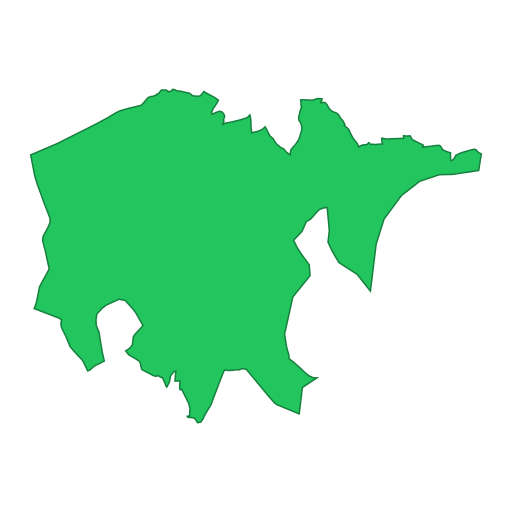 Mbatoli, Imo, Nigeria
{"feature_id": "59680162B59739898555342", "entity_name": "Mbatoli", "entity_type": "district", "adm_level": 2, "iso_a3": "NGA", "parent_name": "Nigeria", "parent_adm1": "Imo", "projection": "natural_earth1", "projection_center": [7.055, 5.587], "detail": "fine", "context": "isolated", "style": "filled", "palette": "green", "viewbox_px": 512, "rotation_deg": 0, "n_neighbors": 0, "source": "geoboundaries", "source_scale": "gbopen_adm2", "svg_char_len": 4515}
<svg xmlns="http://www.w3.org/2000/svg" viewBox="0 0 512 512"><path d="M141.8,369.5L145.9,371.7L153.1,375.5L155.7,376.3L156.9,376.0L158.0,375.6L161.4,377.6L162.4,377.5L162.7,378.2L164.5,382.2L166.1,386.3L166.8,387.0L169.0,382.9L169.8,380.4L170.4,376.5L171.0,375.2L173.9,371.8L175.8,371.0L175.0,381.1L178.2,381.0L180.0,380.8L179.6,388.0L180.1,389.8L181.6,389.2L183.4,392.7L188.7,403.3L190.0,408.7L189.5,415.9L187.2,416.3L187.8,417.3L189.3,417.4L192.2,417.7L194.4,418.2L196.4,420.7L197.5,422.7L200.7,422.1L203.3,418.6L203.9,416.8L207.3,410.7L210.2,406.1L211.2,404.2L213.3,398.3L217.5,387.5L220.4,379.7L223.8,371.4L224.6,369.9L226.6,370.3L229.8,370.5L233.1,370.3L235.5,369.7L238.3,369.9L239.9,369.7L241.4,368.7L246.2,369.2L269.2,396.9L274.5,402.9L276.9,404.7L299.2,413.9L302.4,387.5L316.9,377.9L313.7,377.9L309.1,375.9L304.1,371.8L299.7,367.5L295.7,364.0L292.4,361.2L289.0,358.6L289.0,355.5L286.6,347.1L284.6,334.0L292.8,297.0L310.1,275.6L309.2,264.8L301.8,254.7L297.0,247.3L293.6,240.3L302.0,231.4L306.2,221.8L310.7,219.0L317.1,211.8L319.4,209.5L323.4,208.0L327.2,207.5L329.3,230.7L328.0,242.1L332.2,251.2L338.8,262.5L357.2,274.4L370.4,291.1L376.2,243.8L384.1,219.0L401.5,195.5L419.7,181.3L439.4,174.7L452.5,174.4L478.7,170.5L481.3,153.9L478.5,152.6L476.2,149.9L474.2,149.2L471.5,149.9L470.0,150.2L466.7,151.2L462.4,152.4L459.3,153.6L455.9,155.3L454.9,157.2L453.9,158.7L451.8,160.7L450.7,160.2L450.5,156.4L450.4,155.1L450.6,152.8L446.3,151.5L442.6,149.7L441.2,147.1L439.7,145.4L436.9,145.4L431.5,146.2L427.5,146.5L424.0,147.0L422.7,147.1L423.4,145.2L414.6,140.8L412.1,139.5L410.1,135.8L406.5,136.1L403.5,135.6L403.7,138.2L399.9,138.5L396.8,138.6L392.7,138.7L389.7,138.9L387.4,139.1L386.1,139.0L382.9,138.3L381.7,138.2L381.8,139.8L382.0,141.9L382.5,143.9L382.1,144.1L380.6,144.1L378.2,144.2L375.8,144.5L373.0,144.3L370.2,144.3L369.7,143.5L368.9,142.6L368.4,143.0L367.0,144.5L366.0,144.7L364.4,144.8L362.4,145.0L361.0,145.7L359.9,146.0L359.2,146.7L358.7,147.0L357.8,144.7L356.7,142.8L354.9,140.5L353.4,138.6L351.8,135.9L350.3,132.9L349.1,130.2L348.5,129.3L347.8,128.4L345.9,126.9L344.3,125.7L345.0,124.7L344.3,123.5L343.7,122.2L342.7,120.4L341.3,119.2L340.5,117.9L338.7,115.0L337.4,113.6L335.3,112.5L333.6,112.0L332.7,111.6L331.1,110.4L329.7,109.1L328.5,107.6L327.9,106.3L326.9,104.6L325.9,103.4L325.1,102.7L324.3,102.4L321.9,102.5L320.8,102.7L320.9,102.3L322.0,99.4L322.1,98.8L317.5,98.5L312.8,100.1L309.3,100.1L304.6,99.8L300.6,99.8L301.0,102.7L301.0,105.3L301.5,107.1L300.2,110.7L299.6,113.5L298.6,117.1L298.9,120.3L300.3,122.3L301.5,125.1L301.8,128.8L301.2,132.2L300.3,134.7L299.1,138.7L297.8,141.0L295.4,144.6L292.8,147.3L290.8,150.0L290.6,151.6L290.2,154.8L286.6,152.3L283.3,148.5L281.5,148.1L277.0,144.4L274.8,141.7L273.1,138.6L270.2,136.2L268.8,133.9L266.9,130.1L266.1,128.3L265.0,126.8L262.9,129.0L258.6,131.1L251.8,132.8L251.4,130.2L251.2,128.5L251.0,126.3L250.9,121.6L250.7,119.2L250.6,118.0L250.2,116.5L249.8,114.9L247.3,117.6L241.6,119.5L231.3,122.1L226.3,122.9L222.8,124.4L223.5,122.9L223.9,121.2L223.6,120.0L223.9,118.5L224.5,117.0L224.4,115.0L222.4,112.2L220.1,111.3L218.6,111.5L217.4,112.0L215.7,112.5L214.0,113.4L212.0,114.2L211.6,113.9L211.8,112.0L212.9,108.8L215.1,106.0L217.4,102.2L218.4,100.2L215.0,97.7L210.4,95.2L205.2,92.4L203.8,91.5L202.3,93.7L200.1,95.9L199.1,96.1L196.7,96.2L194.7,96.0L192.6,95.7L189.8,93.4L188.9,93.1L180.5,91.2L176.9,90.8L174.6,89.7L172.7,89.3L172.1,89.9L171.3,91.1L169.3,91.5L168.2,92.0L167.7,90.8L166.3,90.3L165.5,89.9L163.1,90.1L161.5,89.9L161.0,90.5L159.9,91.8L158.9,93.2L158.4,93.6L157.0,94.0L156.5,94.9L154.9,95.5L153.4,96.1L152.4,96.5L150.8,96.5L147.9,97.7L144.1,102.2L141.4,105.2L139.2,105.8L129.6,108.1L120.2,110.7L115.5,113.0L108.0,117.6L95.9,124.1L57.6,143.4L30.7,154.9L34.8,176.2L37.4,184.6L41.9,196.8L44.3,203.6L48.9,215.3L50.1,218.9L50.0,222.6L48.1,227.1L43.7,235.2L42.8,237.7L42.7,241.0L45.1,250.1L49.2,269.0L39.6,286.6L36.3,302.8L34.2,308.6L59.2,318.2L61.6,320.0L61.2,321.5L60.9,324.1L61.2,326.3L62.1,328.8L63.2,331.0L65.5,335.6L66.8,338.7L70.3,347.0L77.3,354.9L82.5,360.3L84.8,364.6L87.7,370.9L89.8,370.1L93.3,367.0L95.5,365.4L100.2,363.2L104.3,361.0L102.4,352.8L100.5,341.6L99.0,332.1L96.2,325.4L96.0,320.0L96.8,314.1L102.0,308.4L106.2,305.1L119.1,299.2L125.2,300.5L131.8,307.7L135.7,312.7L142.9,325.4L141.5,327.3L138.6,330.4L134.8,334.5L133.3,336.8L132.8,341.4L132.4,344.6L130.7,347.2L128.1,349.4L125.7,350.9L128.6,354.7L135.3,358.6L139.0,361.0L140.2,362.7L140.7,365.0L141.3,368.2L141.8,369.5Z" fill="#22c55e" stroke="#15803d" stroke-width="1.5"/></svg>